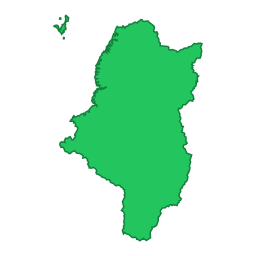 Ambilobe, Diana, Madagascar (Mercator projection)
{"feature_id": "10022922B52521872200932", "entity_name": "Ambilobe", "entity_type": "district", "adm_level": 2, "iso_a3": "MDG", "parent_name": "Madagascar", "parent_adm1": "Diana", "projection": "mercator", "projection_center": [49.084, -13.513], "detail": "fine", "context": "isolated", "style": "filled", "palette": "green", "viewbox_px": 256, "rotation_deg": 0, "n_neighbors": 0, "source": "geoboundaries", "source_scale": "gbopen_adm2", "svg_char_len": 5658}
<svg xmlns="http://www.w3.org/2000/svg" viewBox="0 0 256 256"><path d="M143.9,239.3L145.3,239.5L146.3,240.5L150.5,237.8L150.2,232.1L152.2,228.8L152.0,227.2L154.2,227.0L156.6,225.3L158.3,220.5L158.2,217.0L159.1,216.7L161.1,213.3L160.4,212.1L160.3,210.8L162.3,208.0L165.2,207.8L166.9,206.1L168.6,206.6L170.0,204.8L171.2,204.7L171.9,205.5L173.6,204.8L177.1,205.5L177.8,203.2L179.0,202.5L179.1,200.9L180.5,200.3L181.3,198.7L179.1,196.6L179.4,193.4L180.7,191.7L180.2,189.3L182.1,188.0L183.2,184.9L184.6,184.5L184.9,182.4L186.6,181.4L187.6,178.7L187.8,176.4L187.0,175.1L188.7,172.5L188.3,171.7L189.5,170.7L189.9,167.4L189.3,166.3L190.6,162.0L190.0,160.1L191.7,155.1L186.6,153.0L185.1,148.9L184.2,148.6L183.1,146.7L183.6,145.1L186.3,144.1L187.2,143.0L185.9,141.5L186.0,137.1L185.1,136.8L184.2,135.2L184.8,134.1L184.2,133.0L181.5,131.9L182.4,130.4L182.5,128.2L183.3,126.5L181.6,126.1L181.3,123.7L179.5,121.3L180.8,118.7L180.5,117.1L179.7,116.1L179.9,114.1L178.1,110.0L178.7,108.3L180.0,108.9L181.9,107.5L183.0,104.7L185.5,104.7L189.5,100.4L192.6,101.1L192.8,100.0L193.9,99.1L193.0,95.2L191.2,93.4L190.8,91.6L192.6,90.5L193.4,88.5L194.2,88.5L194.0,87.5L195.9,86.0L196.3,83.3L195.9,82.1L196.1,81.5L196.7,82.3L197.6,81.7L197.3,77.7L198.3,76.3L197.3,76.5L197.6,75.1L196.8,73.7L195.2,72.6L193.1,72.1L193.8,70.5L193.0,69.1L191.7,68.3L192.7,67.5L192.1,65.9L193.1,65.5L191.7,64.6L192.2,64.1L192.3,62.4L193.0,63.0L194.7,62.4L195.2,60.6L197.0,58.0L200.1,58.1L201.1,55.5L201.1,53.4L201.7,51.9L201.3,48.8L200.5,47.7L202.0,43.8L200.3,43.1L199.2,43.5L198.4,43.1L197.4,44.0L194.0,43.5L191.4,46.3L188.6,46.8L187.5,48.0L184.1,48.2L183.2,49.3L180.8,49.7L178.2,51.8L177.1,52.0L176.4,50.9L172.1,49.5L169.8,50.2L168.8,49.5L168.8,47.3L168.0,46.5L160.1,45.8L160.3,43.1L159.0,41.9L158.7,38.8L157.2,36.7L157.8,33.4L156.8,33.2L157.1,32.1L156.6,31.8L155.5,32.4L153.6,31.3L154.4,27.4L153.7,25.8L148.6,21.9L148.2,21.0L143.5,21.4L142.6,20.9L142.3,19.9L141.1,19.5L137.7,22.1L137.5,22.9L135.0,22.1L131.1,24.3L129.3,24.1L128.3,25.7L125.8,26.6L125.1,28.1L124.5,28.1L124.5,27.5L122.8,26.8L123.6,26.2L123.0,25.8L121.9,27.6L120.6,27.1L118.6,27.5L117.3,26.4L116.4,27.5L114.7,32.2L116.0,33.3L117.5,33.6L118.0,34.5L117.5,35.1L117.3,34.0L115.7,34.5L113.7,33.8L113.9,35.2L115.4,35.6L115.7,36.6L115.0,35.8L113.2,35.1L112.1,38.3L112.9,39.6L114.8,39.2L116.0,40.3L116.9,39.9L117.0,40.6L115.5,40.5L114.7,39.6L112.7,40.0L112.1,42.2L113.0,44.2L111.7,42.6L112.1,40.9L111.7,39.6L111.0,40.1L109.2,42.4L110.1,44.4L111.6,45.4L111.0,45.7L110.1,45.1L109.6,46.2L111.3,46.5L109.1,46.5L109.3,44.8L108.8,44.1L107.1,46.2L107.3,47.2L109.1,48.7L107.7,48.5L108.7,49.5L108.9,50.8L106.4,47.7L106.2,49.2L107.4,49.6L108.0,51.3L105.8,50.1L105.7,51.2L106.4,52.6L104.2,51.1L103.9,52.5L103.2,53.2L103.8,52.2L103.5,51.9L102.1,53.3L101.7,54.4L102.1,55.1L100.3,56.5L99.6,58.2L99.9,58.9L101.9,59.7L101.1,59.6L100.7,60.3L101.6,61.1L100.4,60.7L100.4,59.6L99.0,59.7L98.5,61.0L99.2,61.3L97.8,62.4L97.4,63.8L97.9,64.5L98.4,63.6L99.3,63.2L99.6,64.2L97.9,65.0L96.8,64.3L95.8,65.9L96.3,67.1L99.5,68.5L98.4,69.2L97.8,68.5L96.4,68.4L95.8,68.9L96.8,71.5L99.3,72.4L96.9,72.2L95.6,71.5L95.4,72.2L96.1,74.0L97.3,74.4L96.7,74.8L95.6,74.1L95.3,76.4L94.7,77.0L95.1,78.6L97.2,78.7L95.6,79.6L95.6,81.9L96.6,82.6L98.2,81.8L99.2,82.3L98.3,82.2L96.0,83.6L97.0,85.2L96.7,85.7L97.8,85.8L98.8,84.7L100.1,85.5L99.6,85.8L98.4,85.1L100.0,88.5L102.5,87.8L103.1,88.6L105.2,87.2L106.8,87.0L103.0,89.1L101.1,88.5L101.5,90.0L101.0,89.4L99.7,89.4L97.6,88.4L96.9,89.0L97.7,90.5L96.2,90.2L95.3,91.2L96.4,92.1L94.4,92.1L94.0,92.8L95.1,93.4L93.9,93.9L95.0,95.0L95.0,95.9L94.3,94.9L92.2,97.7L92.6,99.5L93.9,99.0L93.9,100.0L92.0,99.8L91.7,100.9L93.1,103.0L94.1,103.4L94.1,101.8L94.9,100.9L94.4,101.9L94.7,103.3L96.9,105.1L96.8,106.1L95.8,104.5L94.3,105.6L92.6,105.7L89.0,109.8L89.3,112.9L88.7,111.4L87.7,111.0L85.2,112.5L85.1,113.8L85.9,115.2L84.8,114.5L84.1,115.2L83.5,113.3L80.8,114.4L79.3,116.0L78.3,115.6L75.4,117.1L73.8,115.7L73.2,117.0L74.0,118.1L72.6,117.4L72.2,119.0L70.9,119.8L70.2,121.3L73.6,121.2L73.7,122.9L74.8,122.4L75.5,123.6L75.3,126.3L76.4,126.3L77.8,127.9L77.3,130.2L74.7,134.6L74.7,135.4L75.5,135.9L75.3,136.8L72.9,140.1L72.0,139.9L70.3,136.7L69.0,137.1L67.3,138.6L65.6,138.2L64.3,141.0L65.0,142.4L61.5,141.8L60.0,143.0L59.9,144.9L61.0,147.3L63.0,147.3L63.7,148.0L65.2,151.5L67.6,152.1L69.0,153.6L70.4,153.4L72.0,151.9L74.6,150.8L76.8,153.2L79.1,153.4L81.8,154.5L83.2,155.8L82.8,158.1L85.6,157.4L87.6,159.5L87.4,160.8L88.6,161.9L88.3,163.7L87.7,163.9L88.7,166.2L89.6,166.8L89.1,167.8L91.5,168.2L93.5,167.3L96.1,169.3L96.7,171.1L96.0,172.2L96.4,173.8L100.3,175.3L101.7,177.0L105.0,178.0L106.7,179.8L109.5,179.7L110.5,182.4L113.5,183.5L115.1,185.2L116.4,185.8L117.6,185.1L120.0,185.6L120.7,186.7L122.9,188.0L123.1,189.0L124.6,190.0L124.3,191.1L125.0,193.3L124.1,194.9L125.0,196.4L122.5,201.7L123.8,206.9L121.4,210.5L123.6,211.8L124.7,214.5L123.9,215.9L124.5,216.7L123.8,222.2L124.5,224.4L123.4,226.4L123.9,228.4L122.9,229.2L122.4,230.7L123.3,233.4L123.5,233.8L124.2,232.4L124.8,232.4L125.2,233.4L129.2,234.7L131.5,237.0L133.1,237.7L135.2,237.2L136.4,238.0L136.7,239.3L137.6,239.2L139.6,240.6L140.4,240.6L141.8,239.2L143.1,239.2L143.6,238.5L143.9,239.3ZM68.0,21.2L68.7,17.9L66.0,15.4L65.3,16.2L65.8,19.2L65.0,22.7L63.4,24.4L62.2,24.7L62.4,25.6L60.9,27.7L60.7,29.6L59.9,29.7L59.1,28.9L58.3,26.1L57.0,25.2L55.6,25.3L54.0,26.0L54.0,26.5L56.0,27.1L57.5,28.4L59.0,31.1L61.0,32.7L61.5,34.3L64.2,31.9L64.1,31.3L63.3,31.6L63.3,30.9L64.8,29.4L65.7,29.6L65.9,27.8L65.1,26.7L65.6,24.6L65.1,23.7L66.4,21.4L68.0,21.2ZM60.8,19.1L60.6,17.9L59.7,18.0L59.6,19.1L60.8,19.1ZM64.1,38.8L64.2,37.7L63.6,37.6L63.5,38.8L64.1,38.8Z" fill="#22c55e" stroke="#15803d" stroke-width="1.5"/></svg>